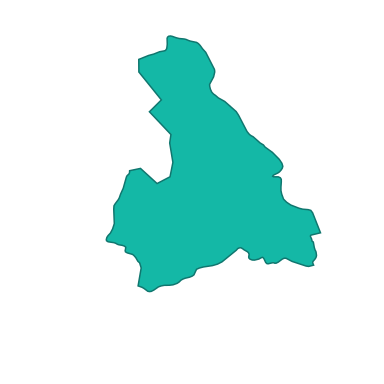 the border of Pichincha, rotated 49°
{"feature_id": "ECU-1287", "entity_name": "Pichincha", "entity_type": "Province", "adm_level": 1, "iso_a3": "ECU", "parent_name": "Ecuador", "parent_adm1": "", "projection": "natural_earth1", "projection_center": [-78.482, -0.183], "detail": "fine", "context": "isolated", "style": "filled", "palette": "teal", "viewbox_px": 384, "rotation_deg": 49, "n_neighbors": 0, "source": "natural_earth", "source_scale": "10m", "svg_char_len": 2615}
<svg xmlns="http://www.w3.org/2000/svg" viewBox="0 0 384 384"><g transform="rotate(49 192 192)"><path d="M327.0,148.2L324.7,152.8L322.7,154.5L310.1,162.0L303.7,164.5L302.5,165.8L301.9,167.7L301.5,173.0L300.9,175.2L300.1,176.2L299.0,176.8L298.1,177.9L296.1,181.7L295.1,182.5L293.5,182.6L289.7,181.5L288.1,181.4L287.4,181.8L286.9,183.4L286.5,185.5L284.4,189.5L282.8,191.2L280.7,192.3L279.3,192.4L278.3,191.9L276.5,189.8L275.1,189.3L273.7,189.3L269.6,190.7L268.1,191.0L266.2,191.6L265.2,193.0L264.7,194.6L265.0,196.8L264.4,215.2L263.2,220.0L261.0,224.8L256.1,232.5L254.2,236.3L253.3,239.3L255.8,244.9L255.6,247.1L254.7,249.7L252.5,253.9L251.7,256.2L251.3,258.3L251.5,260.5L251.2,263.1L249.6,267.2L247.5,270.3L244.3,274.1L242.7,276.8L241.6,279.5L241.0,285.0L240.3,287.9L239.3,289.4L237.9,290.5L233.3,291.5L231.2,292.2L227.5,294.3L216.0,280.2L211.1,278.0L208.8,278.3L204.6,277.5L201.9,277.5L200.1,277.8L195.5,280.8L193.5,281.5L192.4,280.9L191.5,279.7L190.2,278.2L188.5,278.5L186.4,279.7L184.5,281.3L183.3,282.2L182.0,282.8L180.7,283.2L179.1,284.1L174.5,288.0L172.7,288.5L171.6,287.8L170.4,286.0L169.8,283.8L169.5,280.6L167.8,276.2L164.9,271.4L153.6,262.3L151.2,259.9L150.5,257.7L149.4,252.6L148.8,250.9L146.7,247.2L144.1,241.5L137.6,231.6L137.1,230.3L137.0,227.7L136.5,226.6L135.0,225.1L140.4,215.4L162.7,212.8L166.1,198.6L157.1,187.0L140.4,176.7L134.8,170.2L103.5,171.5L102.4,154.7L66.6,153.4L57.0,145.2L60.5,135.1L62.8,130.4L64.9,124.4L67.1,120.7L67.7,119.4L67.6,118.2L67.1,116.9L65.8,115.4L64.2,113.7L59.7,110.0L59.1,108.9L59.1,107.5L60.1,105.9L61.7,104.7L65.1,102.8L67.7,101.0L71.4,97.5L72.9,96.4L75.2,95.3L77.1,94.2L82.1,90.4L84.2,89.8L86.8,89.7L90.9,90.1L95.6,90.0L114.1,94.6L115.6,95.5L116.5,96.3L119.3,100.2L122.3,108.1L124.0,109.4L126.6,110.7L129.7,111.6L132.2,111.5L134.5,110.9L138.2,110.4L145.1,107.9L160.3,105.9L164.6,106.5L182.5,110.8L186.2,110.9L188.4,110.4L190.4,109.6L199.7,108.4L203.4,107.2L205.9,107.4L215.1,105.3L224.5,104.7L229.3,105.3L232.2,106.6L233.3,108.3L233.9,110.3L234.2,112.8L234.0,114.7L233.0,118.3L232.7,119.7L233.1,120.8L234.1,120.4L237.2,116.9L239.2,116.0L241.0,116.3L242.9,117.9L246.7,121.7L249.4,124.0L252.5,125.7L257.5,127.6L261.8,127.3L266.6,126.0L274.4,121.9L277.6,119.7L281.5,115.9L283.8,114.4L286.8,114.6L307.1,121.8L302.7,130.3L302.6,130.6L302.6,130.9L302.7,131.2L303.0,131.6L303.6,131.9L305.8,132.5L307.7,133.5L308.0,133.6L309.1,133.3L309.4,133.3L314.1,136.1L316.6,137.2L317.3,137.3L318.1,137.5L318.9,137.9L321.5,139.6L322.3,140.6L322.9,141.7L323.4,143.5L323.7,145.7L323.8,146.2L323.9,146.6L324.7,147.4L327.0,148.2Z" fill="#14b8a6" stroke="#0f766e" stroke-width="1.5"/></g></svg>